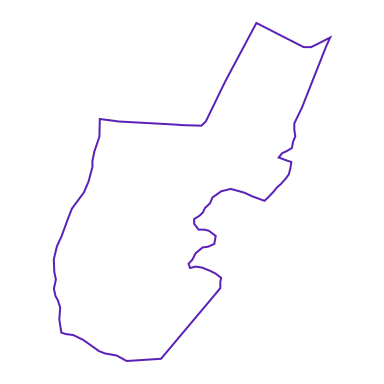 Frei Martinho, Paraíba, Brazil
{"feature_id": "56859067B64708256874841", "entity_name": "Frei Martinho", "entity_type": "district", "adm_level": 2, "iso_a3": "BRA", "parent_name": "Brazil", "parent_adm1": "Paraíba", "projection": "albers", "projection_center": [-36.44, -6.407], "detail": "fine", "context": "isolated", "style": "outline", "palette": "violet", "viewbox_px": 384, "rotation_deg": 0, "n_neighbors": 0, "source": "geoboundaries", "source_scale": "gbopen_adm2", "svg_char_len": 1186}
<svg xmlns="http://www.w3.org/2000/svg" viewBox="0 0 384 384"><path d="M57.8,300.1L60.2,307.6L59.3,319.5L61.3,332.6L66.0,334.1L73.1,335.0L83.2,339.9L99.0,351.1L104.8,353.4L116.6,355.5L126.7,361.0L161.0,358.8L220.3,288.2L220.3,282.0L221.1,277.8L215.6,273.6L209.6,270.6L201.8,267.5L195.5,266.6L190.1,268.0L188.5,263.8L192.4,259.6L195.7,253.1L202.7,247.4L208.2,246.7L214.3,243.9L215.7,235.9L208.9,230.8L204.6,229.7L198.5,229.6L194.2,223.8L194.1,219.1L199.4,215.8L202.9,212.5L204.9,208.1L209.9,203.4L212.5,197.4L221.2,191.3L230.8,188.9L244.1,192.6L252.4,196.4L264.5,200.8L268.2,197.3L273.1,192.2L276.9,187.5L281.1,183.8L285.7,178.6L288.8,174.4L290.4,168.3L291.3,162.0L285.9,160.2L278.7,157.5L282.1,153.2L286.7,151.1L291.9,148.0L293.1,141.7L295.3,136.3L294.3,129.7L294.3,123.4L302.0,107.5L310.8,85.2L326.2,46.2L330.2,37.5L316.1,44.7L311.1,47.1L303.6,47.1L256.4,23.0L225.2,81.5L205.9,121.3L201.5,125.7L181.7,125.1L175.7,124.6L153.8,123.4L118.9,121.5L99.8,119.0L99.4,136.7L94.3,151.7L92.4,161.1L92.5,166.7L88.5,181.7L83.8,192.6L71.9,208.6L68.5,217.3L61.5,236.4L56.9,246.3L53.8,259.4L54.3,272.0L55.9,279.5L53.9,288.8L55.5,296.1L57.8,300.1Z" fill="none" stroke="#5b21b6" stroke-width="2"/></svg>